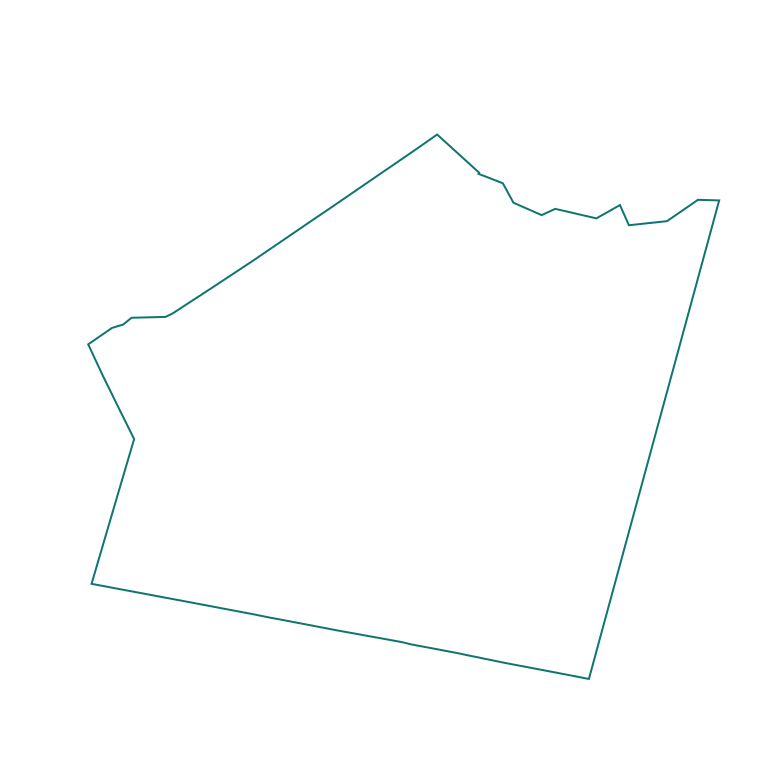 the district of Union, North Carolina, United States of America, rotated 10°
{"feature_id": "52423323B12415258614636", "entity_name": "Union", "entity_type": "district", "adm_level": 2, "iso_a3": "USA", "parent_name": "United States of America", "parent_adm1": "North Carolina", "projection": "albers", "projection_center": [-80.585, 35.011], "detail": "fine", "context": "isolated", "style": "outline", "palette": "teal", "viewbox_px": 768, "rotation_deg": 10, "n_neighbors": 0, "source": "geoboundaries", "source_scale": "gbopen_adm2", "svg_char_len": 968}
<svg xmlns="http://www.w3.org/2000/svg" viewBox="0 0 768 768"><g transform="rotate(10 384 384)"><path d="M441.0,159.4L393.5,129.4L393.0,129.1L376.2,145.9L375.2,146.9L340.8,180.6L304.0,216.7L303.1,217.6L283.2,236.9L238.9,280.1L234.4,284.6L234.0,284.9L233.6,285.3L225.0,293.4L224.5,293.9L196.0,320.9L163.1,351.6L157.1,355.9L123.9,362.6L116.8,370.7L106.4,376.0L85.8,396.3L105.7,424.7L121.3,446.0L121.6,446.5L147.5,481.6L142.6,524.9L133.3,608.1L131.3,626.3L130.7,631.6L151.8,631.8L158.0,631.9L205.7,632.4L251.2,632.9L265.0,633.1L291.0,633.4L293.1,633.4L312.8,633.9L318.0,633.9L381.2,634.8L446.9,635.1L455.4,635.7L462.4,635.8L498.0,636.2L501.1,636.2L515.9,636.7L525.4,636.9L532.1,637.2L533.3,637.1L534.8,637.2L553.0,637.7L605.9,638.4L637.0,638.9L658.9,399.2L661.2,374.1L682.2,145.0L661.2,148.1L634.4,174.5L597.6,185.1L585.3,166.8L564.4,184.0L522.2,181.8L509.9,190.3L480.0,183.0L466.2,165.7L440.6,160.6L441.0,159.4Z" fill="none" stroke="#0f766e" stroke-width="2"/></g></svg>